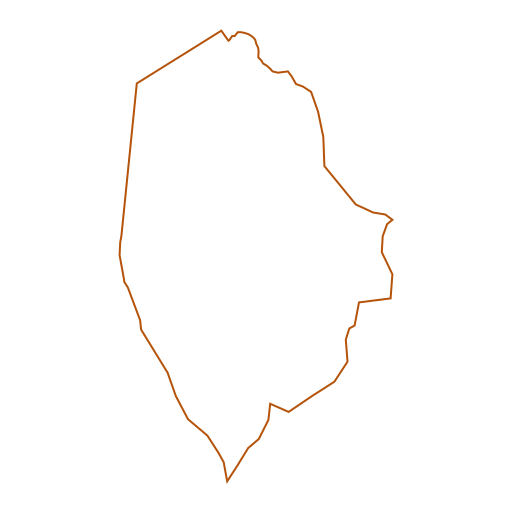 outline of Barre Duchaussee, Anse-la-Raye, Saint Lucia
{"feature_id": "8701671B96397646944426", "entity_name": "Barre Duchaussee", "entity_type": "district", "adm_level": 2, "iso_a3": "LCA", "parent_name": "Saint Lucia", "parent_adm1": "Anse-la-Raye", "projection": "robinson", "projection_center": [-60.996, 13.962], "detail": "fine", "context": "isolated", "style": "outline", "palette": "amber", "viewbox_px": 512, "rotation_deg": 0, "n_neighbors": 0, "source": "geoboundaries", "source_scale": "gbopen_adm2", "svg_char_len": 986}
<svg xmlns="http://www.w3.org/2000/svg" viewBox="0 0 512 512"><path d="M392.4,219.8L385.3,214.5L373.1,212.5L355.8,204.5L324.4,166.1L323.3,137.0L318.1,111.8L311.1,91.9L303.0,86.6L296.0,84.0L291.4,76.0L287.9,71.4L278.0,72.7L272.5,71.4L270.2,68.7L266.5,65.5L263.1,63.5L261.2,60.3L258.3,57.4L258.4,55.1L258.6,51.1L258.1,47.7L256.3,43.9L255.2,39.8L253.7,37.9L251.3,35.9L248.3,34.1L244.1,32.8L240.8,32.2L237.8,32.2L234.6,36.1L232.2,36.0L229.5,40.0L228.4,40.7L221.3,30.7L136.8,83.4L121.4,235.9L120.2,242.4L119.6,255.2L123.9,278.8L124.3,281.9L127.9,287.6L140.1,320.2L140.2,320.8L141.1,329.6L167.6,372.7L175.8,396.0L188.0,419.2L192.0,422.6L207.4,435.6L218.6,453.0L223.7,462.3L226.3,476.7L227.2,481.3L237.7,465.1L248.2,448.0L258.8,439.0L268.4,419.9L270.2,403.8L288.6,411.9L312.4,395.8L334.4,381.7L347.5,361.7L345.8,339.6L349.3,328.5L354.6,325.5L359.0,302.4L390.6,298.4L391.5,286.4L392.4,274.3L381.8,252.2L382.7,236.2L387.1,224.1L392.4,219.8Z" fill="none" stroke="#b45309" stroke-width="2"/></svg>